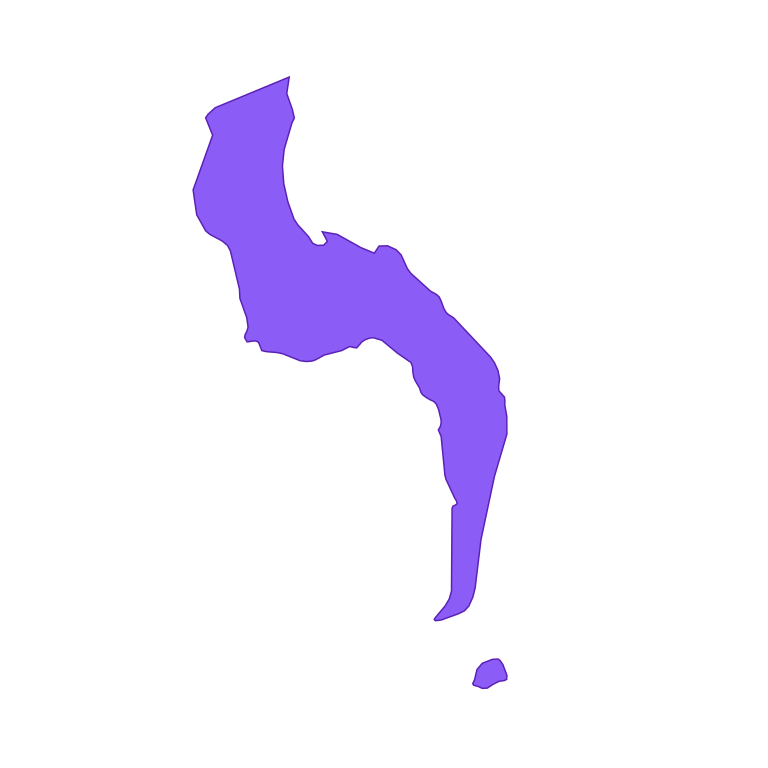 the border of Davao del Sur, rotated 337°
{"feature_id": "PHL-2596", "entity_name": "Davao del Sur", "entity_type": "Province", "adm_level": 1, "iso_a3": "PHL", "parent_name": "Philippines", "parent_adm1": "", "projection": "mercator", "projection_center": [125.415, 6.192], "detail": "fine", "context": "isolated", "style": "filled", "palette": "violet", "viewbox_px": 768, "rotation_deg": 337, "n_neighbors": 0, "source": "natural_earth", "source_scale": "10m", "svg_char_len": 1975}
<svg xmlns="http://www.w3.org/2000/svg" viewBox="0 0 768 768"><g transform="rotate(337 384 384)"><path d="M416.7,64.4L408.0,78.6L406.9,95.6L405.4,104.1L401.2,107.8L383.8,129.0L375.7,143.6L370.0,160.5L366.7,178.7L365.6,197.0L366.8,203.7L372.1,218.8L373.3,226.5L376.4,230.2L382.7,232.7L387.6,230.5L386.7,219.8L399.4,228.0L416.0,249.4L426.2,259.8L433.4,255.1L441.3,258.2L447.6,265.1L450.2,271.8L450.6,287.0L452.0,292.8L463.1,316.7L467.3,322.1L468.8,325.3L469.0,329.8L468.6,338.3L469.2,342.6L470.5,345.4L473.9,350.2L492.6,400.8L494.0,407.6L494.2,415.8L492.6,424.1L488.5,431.2L487.1,435.2L489.8,443.2L488.5,447.3L487.0,450.4L484.4,461.7L477.5,478.2L449.4,512.4L412.5,565.1L388.3,607.2L382.6,614.8L375.4,621.5L369.5,624.2L363.2,624.6L344.5,623.6L338.9,622.0L338.2,620.4L339.8,619.2L353.7,612.1L359.6,607.7L360.1,607.3L365.2,601.0L398.2,524.8L399.9,523.4L402.6,523.3L404.7,522.7L405.0,519.8L404.5,516.4L403.8,496.1L404.4,491.9L416.1,454.6L416.1,447.4L418.4,445.8L420.2,444.0L421.6,441.7L422.6,438.9L424.3,428.5L424.3,422.8L422.8,419.2L420.5,416.8L417.6,412.9L415.3,408.9L414.7,405.9L415.2,401.8L414.1,393.7L414.0,389.3L415.3,384.1L417.0,379.4L417.2,374.7L408.5,361.0L399.2,343.0L392.1,337.1L388.5,336.1L384.3,335.9L380.3,336.5L373.0,340.1L370.1,338.4L367.1,336.1L358.2,336.7L340.3,334.0L330.4,335.0L326.8,334.8L321.4,333.0L315.9,329.8L302.5,316.5L297.9,313.3L288.1,308.1L284.6,305.5L284.8,298.1L284.5,295.9L282.3,294.0L279.0,292.9L275.9,292.2L274.4,291.7L274.2,290.0L273.8,286.9L275.5,284.2L278.3,282.0L281.1,278.5L283.6,269.2L284.8,248.9L288.0,240.2L294.6,201.6L294.1,195.4L290.9,189.1L282.2,178.3L279.7,173.4L277.7,155.1L284.1,130.8L323.5,88.0L323.8,69.3L325.2,68.4L327.5,66.9L336.7,63.7L416.7,64.4ZM381.5,681.7L382.8,683.8L383.8,688.8L383.3,700.2L381.5,703.8L378.8,704.0L373.9,702.6L366.8,703.1L360.3,704.3L355.6,702.6L352.4,699.1L348.9,696.4L348.6,694.5L351.9,691.5L358.1,683.1L365.3,679.5L376.1,679.8L381.5,681.7Z" fill="#8b5cf6" stroke="#5b21b6" stroke-width="1.5"/></g></svg>